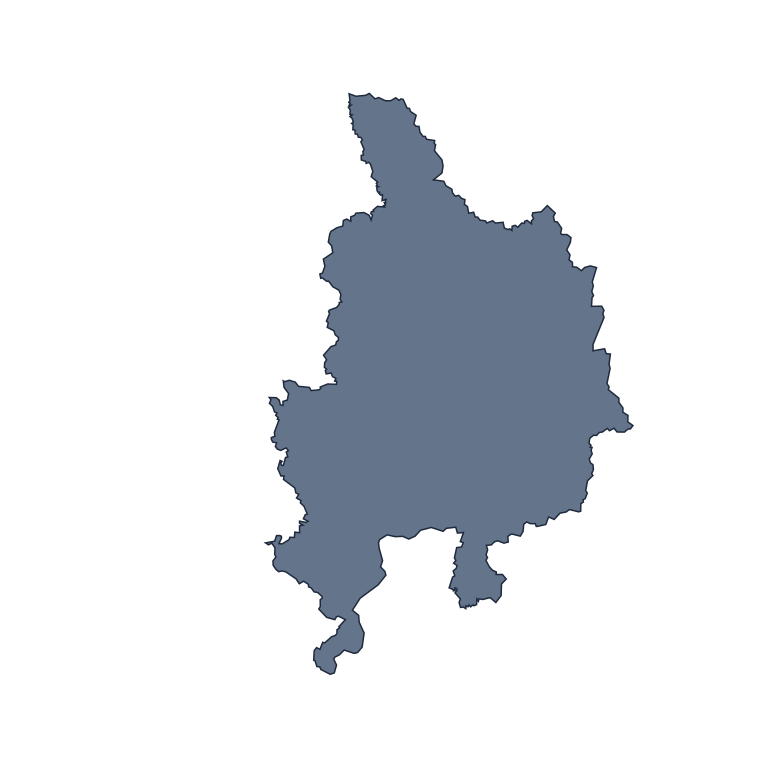 the district of Medio Baudó(boca De Pepé), Chocó, Colombia, rotated 317°
{"feature_id": "7082276B42421945632945", "entity_name": "Medio Baudó(boca De Pepé)", "entity_type": "district", "adm_level": 2, "iso_a3": "COL", "parent_name": "Colombia", "parent_adm1": "Chocó", "projection": "mercator", "projection_center": [-77.017, 5.148], "detail": "fine", "context": "isolated", "style": "filled", "palette": "slate", "viewbox_px": 768, "rotation_deg": 317, "n_neighbors": 0, "source": "geoboundaries", "source_scale": "gbopen_adm2", "svg_char_len": 6171}
<svg xmlns="http://www.w3.org/2000/svg" viewBox="0 0 768 768"><g transform="rotate(317 384 384)"><path d="M575.8,264.9L579.2,259.7L580.0,247.8L585.0,244.1L584.7,242.4L587.1,240.5L582.0,234.0L583.1,231.1L581.4,229.7L582.0,224.4L585.3,219.5L583.2,217.4L583.2,214.1L590.8,209.4L589.2,202.7L590.6,199.8L589.0,198.1L592.1,189.0L590.9,187.1L588.5,186.8L587.8,182.7L581.9,181.3L578.2,177.7L575.5,170.9L571.9,169.3L571.4,161.4L567.5,160.4L559.7,154.4L556.4,147.9L552.5,153.4L550.2,154.1L550.9,155.5L548.7,156.4L550.0,157.6L546.7,157.2L546.2,160.7L543.0,163.5L544.2,165.4L541.5,165.1L541.9,167.7L540.3,171.4L537.9,171.4L538.5,173.1L534.6,176.8L535.9,178.6L533.4,181.5L534.9,183.2L533.5,186.1L535.3,187.8L534.6,190.9L532.3,191.0L529.4,199.0L527.1,199.5L525.2,202.4L523.2,201.3L520.2,204.7L522.5,208.8L521.4,210.5L524.1,211.5L523.9,214.2L520.8,220.9L516.0,223.6L517.1,232.0L515.3,232.0L515.3,233.4L513.4,233.9L514.4,235.8L513.1,235.1L511.5,236.8L510.3,239.1L511.6,240.9L510.2,241.2L510.4,243.7L512.0,244.6L507.6,248.6L512.1,250.6L510.0,250.6L508.9,252.6L507.9,251.6L507.1,254.1L505.2,253.3L505.1,254.9L500.3,249.6L494.6,249.4L494.1,250.6L492.1,249.4L490.5,250.5L490.8,252.6L486.5,255.3L488.2,250.5L486.3,245.0L480.0,239.9L477.6,240.6L473.7,239.1L470.7,242.3L469.2,237.9L465.8,236.7L461.6,240.4L456.1,237.6L449.4,236.2L446.9,237.1L440.0,242.3L439.9,247.3L436.0,253.1L424.8,251.3L421.0,257.6L414.7,260.9L412.1,259.8L409.8,263.5L411.3,264.4L412.1,269.9L413.6,270.9L412.9,278.1L415.0,284.6L413.5,289.1L409.7,292.1L409.1,295.2L406.8,293.8L405.7,295.2L401.5,295.7L394.4,292.7L392.8,293.3L392.2,295.4L384.7,298.8L385.0,301.2L381.1,303.9L383.7,310.9L381.9,314.6L382.4,318.9L380.4,320.9L378.1,320.6L375.2,322.5L370.7,320.5L359.4,321.7L358.5,327.2L355.2,327.9L351.8,331.1L352.1,334.1L350.3,334.1L348.6,337.2L352.8,340.0L351.4,343.4L352.6,347.1L349.9,348.3L351.2,349.8L349.0,351.8L342.8,345.6L335.3,342.7L334.6,344.2L332.3,343.8L326.2,339.1L327.1,335.6L319.9,327.4L320.4,322.1L317.3,316.7L312.9,314.5L312.5,313.0L308.6,318.3L307.7,325.9L302.3,329.8L298.2,327.8L295.6,330.8L294.0,328.6L296.4,324.3L295.9,320.6L290.9,315.6L290.6,318.4L287.0,320.0L287.3,324.5L284.9,329.7L286.0,332.2L283.4,333.0L283.7,336.4L281.9,337.0L282.7,338.7L270.8,344.6L268.5,347.8L265.1,346.3L263.9,347.6L263.0,350.5L265.3,353.8L261.9,355.6L261.6,358.9L263.1,362.1L268.8,364.0L268.6,367.5L266.1,367.1L263.9,371.7L261.8,370.6L254.9,374.9L253.6,373.6L254.5,371.5L256.7,371.1L255.9,369.1L248.6,373.4L245.9,381.0L248.2,383.1L245.4,385.2L247.9,399.1L245.3,403.5L246.4,406.5L242.2,407.8L243.8,412.7L241.8,413.8L242.1,418.8L239.2,426.8L237.2,425.9L233.1,427.6L234.8,432.5L232.5,432.0L228.7,426.7L227.3,428.2L228.4,431.9L225.5,430.1L220.8,435.2L217.8,431.5L213.8,435.1L210.6,431.9L208.4,433.1L200.5,431.5L198.3,429.1L203.8,426.9L205.1,425.4L204.4,423.7L202.0,421.6L196.8,424.4L189.0,419.4L189.8,422.8L193.4,424.0L192.5,429.6L187.9,434.0L186.9,436.9L182.2,437.6L179.3,441.0L178.5,446.2L179.1,449.6L181.8,451.0L184.1,454.6L186.8,466.7L185.8,472.3L190.7,473.4L192.1,479.0L190.5,480.9L191.7,483.6L191.1,488.3L193.3,491.3L193.8,497.2L192.8,498.5L190.2,498.3L185.6,503.3L182.8,504.1L182.9,515.5L187.3,522.8L190.4,521.8L192.4,522.8L195.0,530.0L185.5,530.7L185.4,532.0L181.9,531.7L179.5,534.4L177.1,534.7L173.3,533.1L164.1,532.9L163.0,531.1L156.2,534.4L154.9,530.8L151.1,531.4L144.2,538.1L144.7,539.7L142.2,544.8L144.1,547.2L143.1,549.8L146.7,559.6L150.6,561.4L157.6,557.2L159.6,551.0L161.6,550.2L166.8,551.7L173.4,551.4L178.5,560.7L181.6,562.4L188.6,561.5L199.6,552.6L203.4,541.3L207.7,535.9L206.6,527.9L220.5,524.4L242.8,526.9L255.0,525.1L256.9,521.5L256.7,515.5L262.5,512.2L268.5,500.7L271.5,496.6L274.7,494.8L283.4,496.5L288.1,503.3L293.8,508.2L296.4,514.3L303.0,516.5L311.0,515.9L320.7,521.1L326.8,532.1L331.1,532.0L338.8,537.7L336.0,543.1L340.8,546.8L332.3,551.3L333.8,554.2L329.4,556.0L325.6,553.2L316.8,559.3L316.2,562.1L312.7,562.5L313.6,566.6L311.1,568.1L307.1,567.9L304.9,572.6L302.5,572.0L292.6,577.5L294.6,582.0L293.7,582.6L295.1,583.6L296.9,581.6L297.6,583.0L296.8,584.8L293.5,585.2L293.3,593.1L289.9,595.0L287.6,599.6L289.9,601.2L290.6,604.1L292.8,602.1L293.5,604.2L295.5,603.6L295.3,606.0L298.4,606.2L298.5,607.5L301.2,608.5L305.3,604.6L304.9,607.3L307.0,605.9L309.2,608.9L315.9,612.6L316.8,620.1L325.4,618.6L333.5,610.4L340.4,610.0L340.7,604.1L336.1,599.8L338.0,598.0L336.3,594.3L336.4,589.3L338.3,582.4L341.3,581.6L342.1,578.6L346.8,575.9L348.8,571.8L352.8,574.9L357.1,574.7L360.3,576.3L363.2,582.2L367.1,584.3L370.6,579.9L375.0,580.6L379.9,588.2L385.1,586.7L390.5,581.9L394.3,582.2L395.7,585.8L399.4,589.4L398.2,592.0L399.0,592.7L406.5,597.1L413.7,593.5L416.1,599.1L424.6,598.5L429.9,601.8L434.0,602.3L439.2,610.3L441.1,611.2L446.3,605.8L449.3,606.3L450.6,604.4L452.9,605.1L458.3,602.4L458.9,599.5L466.8,593.6L474.4,593.4L474.7,591.2L478.8,589.4L481.8,585.5L481.2,582.4L483.0,578.8L488.6,577.1L490.3,573.7L492.9,572.3L491.8,570.8L493.6,570.0L493.5,567.3L497.3,564.1L502.2,564.3L504.4,566.6L508.4,566.3L511.1,568.1L517.1,568.8L517.0,571.9L522.1,573.3L521.7,578.0L527.0,583.1L531.8,583.4L533.5,584.9L537.7,584.2L536.5,577.9L541.0,573.4L539.5,567.5L542.4,564.5L543.3,557.7L546.1,554.5L544.2,541.2L546.7,539.6L547.4,535.7L560.0,526.8L562.1,523.0L570.0,516.5L567.2,513.3L569.4,508.7L559.5,502.3L563.9,497.6L590.3,485.4L592.1,481.7L595.1,480.2L596.3,475.6L588.7,468.7L595.0,462.8L597.5,462.3L599.0,458.1L604.0,455.0L605.9,451.4L618.9,443.8L615.4,438.3L610.1,435.6L605.7,435.8L604.6,430.0L601.9,426.9L604.8,423.4L604.0,419.4L608.1,416.4L609.1,410.5L616.8,407.6L620.6,404.4L619.8,399.6L615.9,395.8L616.0,394.2L620.1,391.3L621.3,383.7L619.5,381.4L622.3,376.9L625.8,375.9L625.1,364.9L616.4,365.3L609.6,360.3L607.2,361.8L606.1,365.1L603.0,365.3L601.1,367.4L600.2,361.9L597.8,361.0L596.2,362.3L594.5,360.2L588.8,360.6L588.2,357.4L585.3,356.0L582.2,358.9L581.8,356.2L580.0,355.6L578.4,352.0L581.4,346.9L575.3,342.4L574.8,338.7L568.9,336.3L569.5,334.0L565.9,329.5L566.4,325.9L564.6,324.0L566.7,319.5L562.4,316.9L566.1,311.1L565.3,307.5L569.0,304.3L567.3,301.1L567.3,297.0L564.2,295.2L564.4,291.1L566.5,287.8L564.5,281.2L566.0,276.5L559.4,268.4L570.3,269.2L575.8,264.9Z" fill="#64748b" stroke="#1e293b" stroke-width="1.5"/></g></svg>